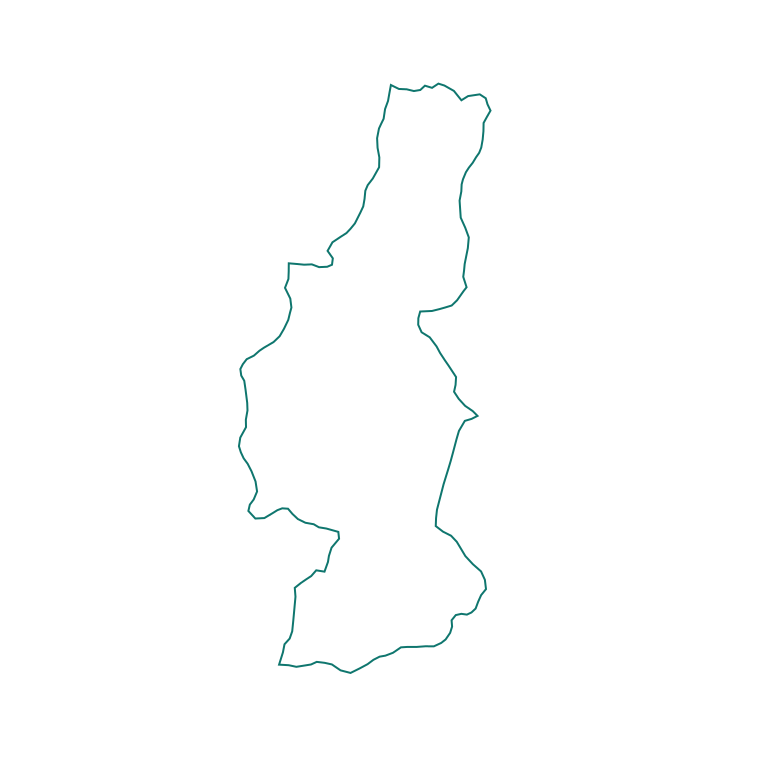 Catanduva, São Paulo, Brazil (Robinson projection), rotated 328°
{"feature_id": "56859067B89328127928865", "entity_name": "Catanduva", "entity_type": "district", "adm_level": 2, "iso_a3": "BRA", "parent_name": "Brazil", "parent_adm1": "São Paulo", "projection": "robinson", "projection_center": [-48.958, -21.13], "detail": "fine", "context": "isolated", "style": "outline", "palette": "teal", "viewbox_px": 768, "rotation_deg": 328, "n_neighbors": 0, "source": "geoboundaries", "source_scale": "gbopen_adm2", "svg_char_len": 2662}
<svg xmlns="http://www.w3.org/2000/svg" viewBox="0 0 768 768"><g transform="rotate(328 384 384)"><path d="M576.8,152.7L570.6,153.9L564.6,151.4L559.4,146.1L553.0,141.7L548.3,134.1L542.8,140.1L537.4,146.1L530.6,151.4L524.2,158.9L519.7,161.7L515.1,164.7L508.4,171.9L503.7,180.3L500.1,189.4L494.7,197.6L483.4,203.8L475.6,206.7L470.6,210.2L465.6,216.7L460.5,222.4L454.8,226.1L444.4,232.4L437.9,234.6L432.2,236.1L425.1,236.2L415.4,236.5L406.7,241.2L407.2,250.3L403.1,255.3L398.0,254.5L390.9,250.5L386.2,244.3L379.5,240.5L373.9,236.2L367.2,231.2L362.8,238.1L358.6,244.3L351.0,250.0L349.8,261.9L346.0,270.1L342.0,273.8L336.8,278.9L328.4,284.2L320.8,288.2L312.6,289.9L301.4,289.6L296.0,289.8L288.7,291.0L280.7,290.2L274.8,292.4L270.1,295.2L267.4,301.2L267.2,307.2L263.6,315.4L258.0,327.5L254.2,334.1L247.9,341.1L244.1,347.5L233.7,353.3L228.0,359.9L226.4,366.1L225.6,372.7L226.1,379.4L225.4,387.8L223.4,398.6L219.4,407.9L212.3,412.9L206.3,415.2L201.7,419.8L203.6,429.9L211.5,434.3L221.3,434.5L226.7,434.5L231.8,435.5L236.5,438.9L237.5,445.7L239.4,452.9L243.8,460.0L250.1,465.7L252.8,471.0L258.5,476.0L266.9,485.2L263.9,491.4L252.8,495.0L246.2,500.6L242.2,505.2L234.1,511.6L227.8,506.1L220.5,508.3L215.3,508.4L208.0,508.7L200.3,509.6L196.2,517.5L181.6,536.7L175.1,545.1L169.1,549.9L161.7,552.0L156.1,558.0L146.3,566.4L154.2,572.0L159.8,577.4L167.8,580.8L173.5,583.2L179.7,584.0L185.9,589.0L191.2,594.2L195.4,603.8L202.5,611.3L212.6,612.3L221.6,612.9L228.9,612.3L235.8,612.9L241.2,615.1L249.2,616.7L258.8,616.3L264.2,619.2L272.4,624.3L280.0,628.3L287.3,632.9L295.2,633.9L300.9,633.3L308.2,630.1L313.2,625.8L316.1,620.2L322.4,618.0L327.8,619.9L332.1,623.5L337.1,624.1L342.7,623.0L348.4,618.6L354.5,614.5L361.8,612.0L365.8,603.5L367.0,594.4L363.9,584.0L361.8,573.1L362.0,562.7L362.1,556.4L360.5,548.3L355.8,540.5L352.6,531.9L357.1,525.3L362.3,518.7L381.4,500.6L393.9,489.8L399.8,484.6L406.6,478.3L416.4,469.1L422.7,463.5L433.0,458.1L439.8,460.0L446.4,460.6L444.9,454.0L441.2,445.5L439.5,436.2L439.3,427.7L444.2,422.7L448.8,416.3L448.5,402.6L448.2,396.4L448.0,387.4L448.5,380.0L447.5,368.6L443.3,360.1L444.4,351.9L448.0,346.4L453.1,341.7L463.4,347.5L470.8,349.9L476.3,351.5L483.0,353.3L490.4,351.7L500.4,347.5L505.3,345.7L508.0,335.1L512.1,330.1L516.0,325.0L527.1,313.2L533.6,304.6L535.7,294.6L537.2,283.6L540.9,276.7L545.3,268.5L551.6,261.7L555.6,255.9L559.4,252.3L565.7,247.8L570.6,245.5L576.5,243.4L582.2,240.5L587.2,238.4L591.8,235.0L597.2,229.0L602.3,222.3L606.8,215.4L612.5,212.2L619.2,208.6L620.0,201.6L621.7,195.6L618.7,189.1L607.9,184.4L600.0,184.4L598.6,172.5L593.4,162.9L589.3,158.1L581.7,158.3L576.8,152.7Z" fill="none" stroke="#0f766e" stroke-width="2"/></g></svg>